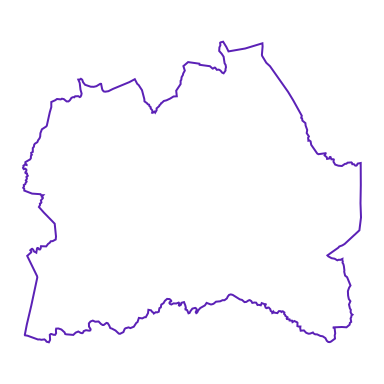 Chu Puh, Gia Lai, Vietnam (orthographic projection)
{"feature_id": "81297802B62904822955283", "entity_name": "Chu Puh", "entity_type": "district", "adm_level": 2, "iso_a3": "VNM", "parent_name": "Vietnam", "parent_adm1": "Gia Lai", "projection": "orthographic", "projection_center": [108.066, 13.509], "detail": "fine", "context": "isolated", "style": "outline", "palette": "violet", "viewbox_px": 384, "rotation_deg": 0, "n_neighbors": 0, "source": "geoboundaries", "source_scale": "gbopen_adm2", "svg_char_len": 5875}
<svg xmlns="http://www.w3.org/2000/svg" viewBox="0 0 384 384"><path d="M24.8,334.9L25.0,335.3L27.5,335.7L38.0,339.5L39.6,339.4L41.4,339.8L44.4,339.4L45.4,340.1L46.6,341.7L48.9,342.3L50.1,339.8L49.8,334.8L50.6,334.1L51.4,334.0L53.6,334.8L55.2,334.8L56.1,333.2L55.9,330.0L56.2,328.6L58.5,328.5L61.4,329.5L64.6,332.4L65.2,334.0L66.1,334.3L73.3,334.9L75.7,332.6L78.3,331.5L80.7,332.9L82.1,333.2L83.1,332.6L83.7,331.1L86.0,330.2L89.2,330.7L90.3,330.4L90.6,329.2L89.0,326.6L88.9,323.4L90.5,321.5L92.8,320.6L95.2,321.7L98.6,321.5L100.9,323.9L102.6,325.0L103.7,325.0L106.5,322.9L107.7,323.2L109.1,325.3L110.3,328.1L111.7,328.5L115.5,330.5L118.8,333.6L120.0,333.8L123.4,332.1L124.6,329.1L125.4,328.3L128.5,327.4L130.4,328.1L133.8,326.7L136.3,322.9L137.5,322.1L138.9,317.9L142.3,318.4L144.6,317.2L145.8,317.2L148.0,313.2L148.4,309.8L151.0,310.3L152.3,312.0L153.3,312.6L153.8,313.5L155.8,312.2L157.2,312.4L158.8,311.7L159.4,308.2L160.8,307.4L161.3,304.6L163.5,303.2L164.9,300.8L167.1,298.9L169.6,299.1L171.2,300.6L171.2,301.3L169.7,302.2L169.4,303.0L170.1,304.0L171.4,304.5L173.5,303.4L176.3,303.5L178.7,302.6L179.2,303.2L178.9,305.4L179.5,305.7L180.9,304.8L181.5,302.8L184.0,302.1L185.3,305.4L185.9,308.0L185.4,308.7L185.5,309.5L187.1,310.1L188.5,313.3L189.5,313.0L190.5,311.1L192.4,308.6L195.2,307.9L196.2,308.5L196.6,309.3L196.6,310.3L195.7,312.1L196.3,313.1L197.2,312.5L198.2,310.4L200.3,308.0L204.9,305.4L206.6,302.9L210.6,304.4L211.6,304.4L213.5,303.8L216.0,301.7L220.2,301.3L222.5,300.2L224.5,300.2L226.9,298.4L227.8,296.5L229.1,294.9L230.8,294.4L232.7,294.9L239.9,299.4L242.0,299.9L244.5,302.1L246.3,301.9L248.6,300.4L249.7,300.1L251.3,301.1L252.3,302.9L254.6,302.5L256.2,302.7L257.5,305.0L258.7,304.8L260.8,305.3L261.7,303.1L264.4,304.1L265.7,304.2L265.8,304.6L264.9,305.5L265.7,307.7L266.8,308.2L268.1,307.5L268.8,307.6L270.3,309.2L270.7,310.9L272.0,311.8L272.3,313.1L272.8,312.9L273.4,311.6L274.2,312.6L277.4,313.1L278.8,311.2L280.1,311.1L281.6,312.0L282.1,311.3L282.8,311.3L284.4,312.5L284.1,313.9L285.1,314.9L285.4,315.9L287.5,317.3L286.7,318.5L286.9,319.0L289.5,319.4L289.6,320.5L292.1,320.7L292.5,322.1L294.3,321.0L297.1,322.3L297.5,322.8L297.4,326.1L298.4,326.5L300.4,326.5L300.2,328.2L300.7,330.7L303.9,330.4L306.2,332.8L308.5,333.7L310.1,333.6L312.9,332.5L313.4,333.3L315.1,334.3L317.2,334.4L320.3,335.9L322.7,336.3L325.4,338.1L326.8,340.8L328.3,342.0L329.8,342.1L331.1,341.5L335.0,338.6L334.7,335.5L335.2,333.4L334.7,328.8L334.2,328.0L332.8,327.4L341.9,327.0L346.5,327.3L349.6,324.7L349.9,322.9L351.2,321.9L350.6,318.4L351.2,317.3L351.5,315.5L352.5,314.7L351.3,313.8L350.6,312.1L350.8,309.8L349.9,308.4L349.0,304.5L350.4,301.2L348.8,299.0L348.1,295.6L347.9,291.1L349.1,287.7L350.5,285.5L347.1,277.2L345.1,275.6L344.2,271.7L344.4,270.4L343.9,266.3L343.4,264.2L342.5,262.7L342.8,261.5L342.3,260.0L342.4,258.9L340.2,259.9L338.9,259.7L337.3,260.3L334.6,258.7L331.6,258.2L328.2,256.3L327.4,255.4L338.3,247.7L339.3,246.5L342.3,245.4L344.6,244.0L359.4,230.3L361.0,217.4L360.5,203.3L360.8,185.4L360.7,163.0L357.7,163.6L356.7,165.4L356.0,165.7L355.1,165.5L353.9,164.2L352.3,164.2L351.9,162.8L351.4,162.4L347.5,162.7L346.5,163.7L344.9,163.9L341.9,166.0L338.4,165.7L335.2,164.6L333.5,161.8L333.8,159.5L333.1,159.2L331.4,159.3L330.5,157.0L329.8,157.1L329.2,158.5L327.1,158.9L326.8,157.3L324.6,155.4L325.7,153.5L325.6,153.2L318.4,154.2L317.2,153.5L311.2,144.8L310.6,141.4L309.3,140.4L308.4,140.7L308.1,137.8L308.9,136.4L306.7,133.1L307.2,130.0L305.6,125.5L305.4,123.1L302.4,120.6L302.1,118.4L301.2,117.8L301.8,115.8L293.2,100.3L288.1,91.9L270.0,66.2L266.3,62.8L262.2,56.0L261.9,54.9L262.6,46.4L262.4,43.3L245.2,48.5L228.5,51.4L226.3,46.9L223.1,41.7L220.5,42.4L220.1,42.9L220.4,45.3L219.4,47.4L219.2,51.0L221.7,53.8L223.6,56.7L224.6,63.3L225.6,64.9L226.0,67.2L225.5,69.0L225.5,70.6L223.6,73.3L222.2,72.7L220.4,70.5L218.8,69.6L216.8,69.8L215.2,67.7L214.4,67.6L213.4,68.4L212.6,68.6L209.9,66.2L199.6,64.8L199.4,63.7L188.1,62.1L183.4,66.1L184.8,70.6L183.2,73.5L182.9,75.0L181.6,77.2L181.3,79.8L180.6,80.8L180.6,84.1L176.2,90.7L176.8,96.3L173.5,96.5L170.1,98.6L166.5,100.3L163.8,101.0L161.7,103.0L161.0,103.3L160.6,104.3L159.4,105.3L159.2,106.1L156.6,108.4L156.6,110.3L155.2,112.6L154.6,111.6L152.7,112.8L152.1,112.7L152.5,111.2L152.2,110.2L150.7,108.5L150.7,107.2L149.4,106.1L149.1,104.7L147.7,104.2L147.0,103.2L144.5,101.4L144.3,99.0L142.0,90.2L138.7,85.1L137.2,83.8L134.8,79.2L129.4,82.1L113.0,88.9L108.4,91.2L105.1,91.7L103.7,91.4L102.6,90.2L102.1,88.9L101.1,83.9L100.3,83.8L96.4,86.2L93.8,86.8L90.7,86.7L85.1,84.8L83.1,82.3L82.2,79.7L80.9,78.8L80.2,79.4L78.3,79.6L79.7,82.9L80.5,89.7L81.6,93.5L81.3,95.1L80.6,96.6L79.8,97.1L78.3,96.2L75.1,96.3L74.3,97.3L73.2,97.1L71.5,97.8L69.8,100.3L68.5,101.4L66.6,101.4L63.8,99.1L61.9,98.7L60.8,99.4L57.0,99.0L55.1,100.3L51.3,102.0L51.3,107.1L49.8,112.2L46.8,125.7L46.2,126.5L41.9,129.3L40.4,133.2L40.2,136.5L39.5,138.4L38.2,140.1L37.3,142.2L34.9,143.7L34.2,144.7L33.9,146.7L32.8,148.1L32.8,151.9L31.2,152.8L31.3,154.4L31.8,154.8L30.9,156.0L30.9,158.1L30.1,159.4L25.4,162.1L25.3,163.4L26.6,164.6L26.6,165.0L24.9,164.6L23.4,165.7L23.6,166.8L23.0,167.8L23.3,168.5L23.9,169.2L25.2,168.7L26.3,169.5L26.4,170.8L25.4,172.2L25.8,172.6L25.7,173.2L27.0,173.5L27.1,174.6L27.8,175.8L26.4,177.0L26.9,178.2L26.6,179.4L25.8,180.3L26.6,181.7L25.7,182.7L25.3,184.1L23.8,185.0L24.0,186.5L23.2,187.8L24.2,188.7L24.3,190.6L32.1,193.6L40.5,194.2L40.7,194.8L41.4,195.2L43.2,195.2L41.8,196.8L42.8,197.6L42.8,198.3L40.9,200.4L41.4,202.4L40.9,203.1L39.9,203.6L40.1,204.9L38.9,207.0L43.8,212.5L54.7,223.7L56.0,236.5L55.7,239.5L52.7,241.1L50.7,241.3L49.8,242.7L48.1,243.9L46.2,246.4L41.0,246.2L40.6,248.6L39.9,249.5L39.1,249.4L38.1,248.1L37.4,248.0L37.0,248.6L36.3,252.7L34.1,251.5L33.1,249.6L32.2,248.8L31.7,248.9L30.3,250.2L31.3,251.3L31.2,252.3L27.2,255.9L37.1,276.2L37.3,277.5L31.3,305.5L26.8,324.6L24.8,334.9Z" fill="none" stroke="#5b21b6" stroke-width="2"/></svg>